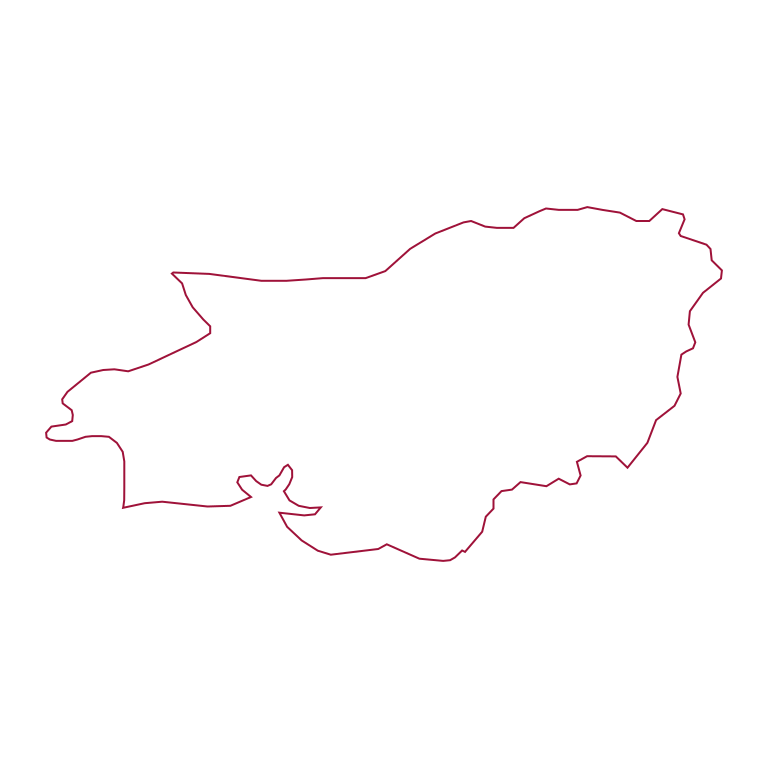 SVG path tracing the border of Carmarthenshire
{"feature_id": "GBR-2104", "entity_name": "Carmarthenshire", "entity_type": "Unitary Authority (wales)", "adm_level": 1, "iso_a3": "GBR", "parent_name": "United Kingdom", "parent_adm1": "", "projection": "natural_earth1", "projection_center": [-4.236, 51.894], "detail": "fine", "context": "isolated", "style": "outline", "palette": "rose", "viewbox_px": 768, "rotation_deg": 0, "n_neighbors": 0, "source": "natural_earth", "source_scale": "10m", "svg_char_len": 1885}
<svg xmlns="http://www.w3.org/2000/svg" viewBox="0 0 768 768"><path d="M465.0,551.9L462.1,550.5L455.0,557.4L450.1,560.2L443.2,560.9L419.4,558.7L386.8,544.3L378.2,549.0L330.8,554.7L317.8,550.7L301.6,540.4L287.1,526.8L279.4,512.7L304.2,515.4L315.0,514.3L320.8,507.4L309.8,508.0L298.7,505.8L289.5,500.4L283.9,491.2L285.7,489.5L289.3,484.2L292.2,477.1L292.1,470.2L287.9,464.8L284.1,467.2L279.4,475.4L276.0,478.0L271.2,484.3L267.5,485.9L261.3,484.7L256.2,481.1L251.0,475.4L239.4,477.0L237.3,482.3L242.1,489.7L251.0,497.0L230.4,505.8L207.5,506.5L162.2,501.7L144.7,503.2L123.1,507.8L123.3,507.0L124.2,500.2L124.3,487.3L124.3,472.9L124.3,461.4L122.7,451.8L116.9,442.9L108.9,436.8L100.9,436.1L92.4,436.1L85.5,436.8L77.5,439.5L72.2,440.9L64.2,440.9L56.2,440.9L49.8,439.5L46.6,437.5L46.1,432.7L51.4,426.6L65.8,424.5L72.2,421.1L72.8,415.0L71.7,410.2L62.7,403.4L62.2,399.3L67.5,391.8L90.9,372.7L103.2,370.0L114.4,369.3L128.2,371.3L148.5,364.5L196.4,342.0L210.2,333.2L210.2,326.3L203.3,319.5L192.7,307.3L185.8,295.0L182.1,283.4L171.9,273.6L173.3,272.5L209.2,273.9L261.4,280.8L286.4,280.8L305.9,279.5L323.3,278.1L344.0,278.1L365.7,278.1L385.3,271.1L410.2,248.8L435.3,233.5L463.5,222.4L471.1,221.0L485.2,226.6L497.2,227.9L513.5,227.9L524.3,218.2L539.5,211.2L546.0,208.5L559.1,209.9L566.7,209.9L577.5,209.9L587.3,207.1L602.5,209.9L619.9,212.6L636.3,221.0L649.3,221.0L662.3,209.1L683.0,214.4L684.6,219.3L678.9,233.2L680.7,236.0L706.5,244.7L710.5,249.0L711.7,260.3L721.9,270.4L721.0,278.5L703.0,292.8L689.9,311.2L688.6,324.6L695.3,342.3L693.0,348.3L686.3,351.4L681.4,354.6L677.4,376.9L680.7,393.5L674.5,405.8L656.1,420.1L647.4,442.8L627.5,467.7L615.8,456.4L587.1,456.2L576.9,461.8L580.6,475.5L576.6,483.4L569.8,484.4L558.7,478.7L547.6,485.5L546.4,486.2L520.5,482.1L512.0,489.6L501.5,491.1L493.5,499.4L493.5,508.6L485.8,516.7L482.2,531.7L465.0,551.9Z" fill="none" stroke="#9f1239" stroke-width="2"/></svg>